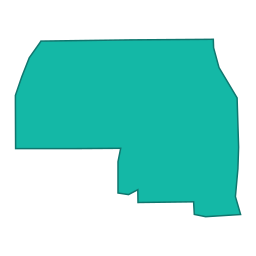 outline of Yates, New York, United States of America
{"feature_id": "52423323B19157599393340", "entity_name": "Yates", "entity_type": "district", "adm_level": 2, "iso_a3": "USA", "parent_name": "United States of America", "parent_adm1": "New York", "projection": "robinson", "projection_center": [-77.099, 42.612], "detail": "fine", "context": "isolated", "style": "filled", "palette": "teal", "viewbox_px": 256, "rotation_deg": 0, "n_neighbors": 0, "source": "geoboundaries", "source_scale": "gbopen_adm2", "svg_char_len": 448}
<svg xmlns="http://www.w3.org/2000/svg" viewBox="0 0 256 256"><path d="M202.0,39.4L130.5,39.9L40.9,41.1L40.2,42.3L29.3,57.7L21.8,76.7L15.4,95.4L15.4,102.8L15.6,148.6L74.0,148.6L120.7,148.3L118.0,161.7L118.0,193.0L128.5,194.6L137.8,189.7L138.0,202.5L193.6,201.8L194.3,214.4L205.6,216.7L240.6,214.5L235.4,196.6L237.9,168.9L238.6,147.2L237.1,97.9L219.0,67.6L213.6,47.8L213.3,39.3L202.0,39.4Z" fill="#14b8a6" stroke="#0f766e" stroke-width="1.5"/></svg>